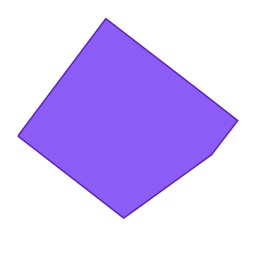 the district of Randolph, Missouri, United States of America, rotated 306°
{"feature_id": "52423323B90263846548439", "entity_name": "Randolph", "entity_type": "district", "adm_level": 2, "iso_a3": "USA", "parent_name": "United States of America", "parent_adm1": "Missouri", "projection": "natural_earth1", "projection_center": [-92.479, 39.428], "detail": "fine", "context": "isolated", "style": "filled", "palette": "violet", "viewbox_px": 256, "rotation_deg": 306, "n_neighbors": 0, "source": "geoboundaries", "source_scale": "gbopen_adm2", "svg_char_len": 355}
<svg xmlns="http://www.w3.org/2000/svg" viewBox="0 0 256 256"><g transform="rotate(306 128 128)"><path d="M200.1,165.4L200.7,144.8L203.4,45.8L58.3,43.6L56.7,44.3L54.0,134.3L53.9,137.4L52.6,177.5L104.1,194.4L107.5,195.5L155.5,211.3L176.9,211.8L177.6,211.9L198.5,212.4L199.9,171.8L200.1,165.4Z" fill="#8b5cf6" stroke="#5b21b6" stroke-width="1.5"/></g></svg>